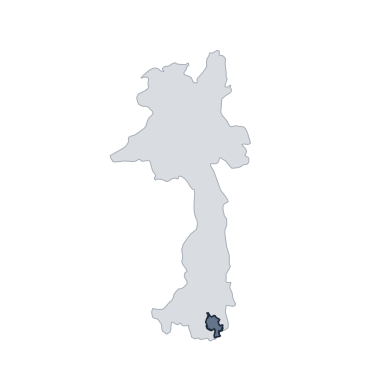 Sanxay, Attapu, Laos (highlighted), rotated 35°
{"feature_id": "54806243B69269956902772", "entity_name": "Sanxay", "entity_type": "district", "adm_level": 2, "iso_a3": "LAO", "parent_name": "Laos", "parent_adm1": "Attapu", "projection": "orthographic", "projection_center": [107.296, 15.037], "detail": "fine", "context": "in_parent", "style": "filled", "palette": "slate", "viewbox_px": 384, "rotation_deg": 35, "n_neighbors": 0, "source": "geoboundaries", "source_scale": "gbopen_adm2", "svg_char_len": 7568}
<svg xmlns="http://www.w3.org/2000/svg" viewBox="0 0 384 384"><g transform="rotate(35 192 192)"><path d="M143.8,64.7L145.2,67.6L152.3,75.6L153.5,77.7L156.1,79.4L158.1,86.3L159.0,86.7L160.3,86.3L161.2,85.3L162.0,82.7L162.6,82.4L163.3,84.6L165.3,85.3L166.2,86.3L166.4,88.0L166.1,89.7L164.3,93.6L163.1,98.8L169.9,110.3L172.9,111.9L180.0,113.8L184.9,116.4L187.1,115.9L189.3,113.1L192.0,111.6L196.8,109.2L198.2,109.1L200.9,110.1L205.2,113.0L211.8,118.3L211.5,119.7L210.3,121.1L206.7,123.1L205.5,124.5L206.2,125.0L209.2,125.4L212.6,126.6L213.7,128.0L214.2,131.1L214.8,131.7L218.1,131.4L219.1,131.9L220.2,132.9L221.4,135.5L221.3,137.5L218.0,140.9L217.6,143.0L215.9,145.4L211.4,149.5L210.2,149.7L202.0,147.3L195.5,147.6L195.0,148.4L196.0,150.9L196.3,153.4L195.2,155.3L191.4,157.7L191.3,158.7L192.0,159.8L197.4,162.1L214.7,174.3L222.6,176.6L226.1,178.2L227.0,179.0L227.0,180.1L226.0,181.4L225.3,183.7L225.2,185.1L226.0,186.5L227.4,188.5L232.3,193.1L235.8,194.2L239.6,199.4L240.6,203.9L242.5,206.9L251.5,216.7L259.1,222.8L263.7,229.4L265.9,230.8L266.5,233.2L267.1,240.1L269.8,243.5L270.3,244.9L271.5,245.9L272.7,246.1L275.4,243.9L276.0,244.2L277.2,247.8L278.3,249.1L282.4,251.4L286.7,255.7L289.0,257.3L291.9,258.6L292.3,260.0L291.8,261.4L290.9,262.3L285.8,264.8L285.2,265.9L288.5,271.5L296.8,278.4L299.4,282.5L298.9,284.5L296.6,288.6L294.8,289.7L294.4,290.9L295.7,294.2L295.5,299.3L293.9,300.5L292.5,303.6L291.4,303.8L288.9,302.7L283.5,308.1L281.1,307.8L278.4,310.8L274.9,311.1L272.5,308.9L267.4,305.3L265.6,303.1L264.0,305.0L261.2,306.8L257.4,306.2L256.4,308.8L255.6,309.3L251.0,309.8L250.1,310.2L250.9,312.6L253.6,316.8L254.4,319.1L252.7,323.0L247.9,322.9L245.7,321.3L243.0,318.0L236.9,315.8L232.8,317.2L231.6,317.1L228.5,314.4L227.4,312.6L226.7,309.9L231.4,307.8L233.8,306.2L235.4,304.4L236.0,302.5L236.8,294.9L237.6,292.2L237.2,288.8L235.9,286.2L236.0,282.3L236.7,279.1L238.5,277.5L239.7,275.3L240.5,270.2L239.9,268.8L238.2,267.6L235.3,266.3L233.5,264.8L232.7,263.0L232.8,261.4L233.7,260.0L231.5,258.5L226.2,256.7L223.3,254.7L222.7,252.3L220.5,249.2L216.7,245.3L214.8,239.8L214.7,232.6L215.2,226.7L217.0,219.9L214.8,215.0L212.4,212.4L209.1,210.5L205.9,207.7L202.9,204.1L199.3,198.8L195.2,191.8L192.4,188.7L190.9,189.4L187.8,188.7L183.2,186.6L179.1,185.4L175.7,185.2L173.4,185.6L172.3,186.7L172.2,187.7L173.1,188.8L172.6,189.6L170.7,190.1L169.2,191.2L167.5,193.7L166.3,197.0L164.5,198.3L161.8,198.5L159.2,199.4L156.6,201.0L155.3,202.2L155.4,203.0L154.9,203.2L153.6,202.7L153.0,201.6L153.1,199.9L151.9,198.7L149.2,198.0L146.1,196.1L140.4,191.2L139.1,190.9L137.1,192.1L134.5,194.7L132.4,195.8L130.8,195.2L129.5,196.1L128.5,198.5L126.9,200.4L118.8,205.4L111.5,211.8L109.7,212.4L105.4,210.4L104.1,209.1L110.5,195.6L111.5,192.3L111.4,187.9L109.0,184.2L109.0,183.1L109.4,182.0L112.6,177.9L116.4,167.1L116.3,163.7L114.9,159.9L114.2,156.4L115.1,151.6L114.9,149.7L113.3,148.7L107.9,147.6L104.8,148.3L103.3,149.6L101.5,150.3L98.1,150.7L95.0,148.9L92.4,146.1L91.9,142.7L95.6,135.5L96.5,132.8L96.4,131.4L95.9,130.0L95.1,129.8L93.5,128.1L92.0,125.0L90.5,123.6L89.0,123.8L87.6,124.9L85.2,127.7L84.6,127.3L86.9,117.3L89.0,113.1L91.2,111.2L93.6,110.4L96.0,110.8L98.0,110.5L99.7,109.5L99.6,108.9L97.6,108.7L96.9,107.5L97.4,105.4L98.3,104.0L99.7,103.4L101.1,101.3L102.4,97.7L104.0,95.9L105.8,95.9L108.9,94.4L113.3,91.5L115.1,88.5L116.7,89.9L115.9,93.4L116.8,94.1L117.1,95.4L116.8,97.3L117.1,99.0L117.7,99.8L118.7,100.2L123.3,98.9L126.1,98.9L130.6,101.6L133.4,99.7L133.4,99.0L131.3,96.6L132.3,87.8L132.2,81.1L128.6,76.1L127.9,74.1L127.7,70.9L126.7,68.1L129.5,65.9L131.1,61.9L133.0,61.0L133.6,61.1L135.8,64.3L138.7,62.8L140.9,62.9L142.8,63.7L143.8,64.7Z" fill="#d9dde1" stroke="#a8b0b8" stroke-width="1"/><path d="M280.5,281.0L280.4,281.5L280.3,282.2L280.2,282.3L280.1,282.7L280.0,283.0L279.7,283.0L279.2,283.1L278.9,283.1L278.5,283.3L278.2,283.4L278.0,283.2L277.9,283.1L277.6,282.9L277.5,283.0L277.4,283.1L277.3,282.9L277.2,282.9L276.9,282.7L276.7,282.7L276.4,282.4L276.1,282.4L275.9,282.3L275.7,282.3L275.5,282.2L275.3,282.1L275.1,282.2L274.9,282.2L274.7,282.3L274.5,282.2L274.5,282.3L274.4,282.2L274.3,282.3L274.3,282.2L274.2,282.3L273.9,282.4L274.1,282.6L274.3,282.7L274.5,282.7L274.6,282.8L274.8,283.1L275.2,283.1L275.6,283.2L275.6,283.3L275.7,283.5L275.8,283.5L276.1,283.6L276.3,283.7L276.3,283.8L276.3,284.0L276.2,284.0L276.2,284.3L276.2,284.6L276.4,284.8L276.7,285.1L276.8,285.1L277.0,285.6L277.0,285.8L276.9,285.8L277.1,286.0L276.8,286.2L276.8,286.3L276.7,286.5L276.8,286.7L276.8,287.0L276.7,287.1L276.7,287.3L276.7,287.5L276.9,288.0L277.7,290.3L277.9,290.9L279.6,291.7L281.0,292.8L280.5,293.3L280.4,293.4L280.4,293.5L280.5,293.6L281.0,293.7L281.0,293.8L281.5,293.8L281.7,293.7L281.8,293.7L281.7,293.8L281.7,294.1L281.5,294.3L281.8,294.8L282.0,294.8L282.7,295.0L283.0,295.0L283.4,295.1L283.5,295.1L283.6,294.9L283.8,294.9L283.8,295.0L284.0,294.9L284.2,295.0L284.3,295.0L284.5,295.1L284.9,295.1L284.7,294.6L284.8,294.5L284.9,294.3L285.0,294.2L285.2,294.3L285.4,294.3L285.5,294.2L285.8,294.1L286.2,294.3L286.4,294.6L286.6,294.5L286.8,294.6L287.0,294.5L287.0,294.4L287.1,294.5L287.2,294.4L287.4,294.3L287.5,294.2L287.4,293.9L287.7,293.6L288.1,293.2L288.2,292.9L288.3,292.6L288.4,292.4L288.5,292.3L288.6,292.2L288.5,291.5L288.5,291.4L289.2,291.5L289.5,291.7L289.7,291.8L289.9,291.9L290.4,291.9L290.6,292.3L290.7,292.8L290.7,293.0L291.2,293.2L291.4,293.3L291.4,294.2L291.3,294.4L291.5,294.7L291.8,295.2L291.9,295.3L291.9,295.5L292.1,295.6L292.1,296.1L292.2,296.4L292.2,296.5L292.6,297.1L293.0,297.3L293.1,297.6L293.3,297.8L293.6,298.1L293.8,298.0L293.8,297.9L293.9,297.7L294.0,297.7L294.1,297.9L294.3,298.1L294.4,297.9L294.5,297.7L294.9,297.6L295.0,297.4L295.2,297.1L295.1,296.8L295.2,296.7L295.3,296.5L295.4,296.4L295.5,296.3L295.7,296.2L295.8,296.0L296.0,295.9L296.2,295.6L296.3,295.5L296.5,295.4L296.8,295.2L296.9,294.9L297.0,294.8L297.2,294.7L297.3,294.7L297.5,294.5L297.6,294.4L297.7,294.1L297.5,293.9L297.5,293.6L297.4,293.6L297.2,293.6L297.0,293.4L296.8,293.3L296.6,293.3L296.5,293.2L296.4,293.2L296.1,293.1L296.0,292.9L295.9,292.8L295.8,292.7L295.4,292.4L295.2,292.5L295.0,292.4L294.9,292.2L295.0,292.2L294.7,292.0L294.6,291.9L294.3,291.6L294.4,291.3L294.4,291.2L294.2,291.0L294.2,290.9L294.0,290.7L294.3,290.7L294.1,290.5L294.1,290.4L294.0,290.1L294.2,289.8L294.2,289.7L294.3,289.6L294.6,289.6L294.8,289.6L295.0,289.7L295.4,289.4L295.5,289.2L295.7,288.8L295.7,288.5L295.6,288.4L296.0,288.3L296.0,288.1L295.9,288.0L296.0,287.9L295.9,287.8L296.0,287.6L295.9,287.5L295.9,287.2L295.7,286.9L295.6,286.7L295.4,286.6L295.4,286.4L295.3,286.5L295.3,286.4L295.1,286.4L295.1,286.5L294.9,286.5L294.7,286.5L294.7,286.0L294.7,285.9L294.5,286.0L294.4,286.0L294.4,285.8L294.3,285.5L294.4,285.4L294.3,285.2L294.1,285.0L293.9,284.6L294.0,284.5L294.0,284.4L294.0,284.2L293.8,284.1L293.9,283.9L293.7,283.5L293.6,283.4L293.3,283.4L293.1,283.9L292.9,283.9L292.7,284.1L292.4,284.2L292.4,284.3L292.2,284.6L292.1,284.8L291.9,284.9L291.9,285.2L291.7,285.2L291.6,285.4L291.4,285.4L291.0,285.2L290.9,285.3L290.7,285.1L290.3,284.9L290.2,284.9L289.7,284.8L289.4,284.8L289.3,284.7L289.2,284.5L289.2,284.4L289.0,284.2L288.9,284.2L288.8,283.9L288.7,283.8L288.6,283.7L288.4,283.6L288.4,283.4L288.3,283.2L288.2,283.2L288.1,282.9L287.9,282.9L288.0,282.8L288.0,282.7L287.9,282.3L288.0,281.6L288.0,281.3L287.9,280.9L287.8,280.7L287.5,280.7L287.3,280.6L287.0,280.6L286.7,280.7L286.2,280.6L285.9,280.7L285.6,280.8L284.9,280.8L284.5,280.9L284.1,281.0L283.7,281.0L283.1,280.6L282.3,280.5L282.1,280.2L281.8,280.2L281.4,280.2L281.0,280.5L280.7,280.9L280.5,281.0Z" fill="#64748b" stroke="#1e293b" stroke-width="1.5"/></g></svg>